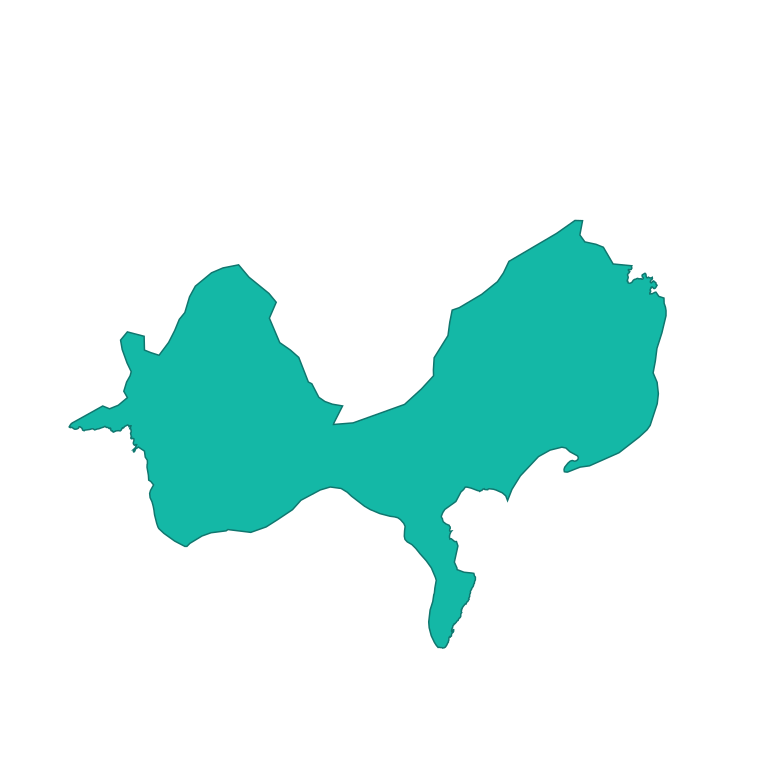 the district of Kabare, Sud-Kivu, Democratic Republic of the Congo, rotated 30°
{"feature_id": "63176286B3160723083670", "entity_name": "Kabare", "entity_type": "district", "adm_level": 2, "iso_a3": "COD", "parent_name": "Democratic Republic of the Congo", "parent_adm1": "Sud-Kivu", "projection": "equal_earth", "projection_center": [28.728, -2.413], "detail": "fine", "context": "isolated", "style": "filled", "palette": "teal", "viewbox_px": 768, "rotation_deg": 30, "n_neighbors": 0, "source": "geoboundaries", "source_scale": "gbopen_adm2", "svg_char_len": 6134}
<svg xmlns="http://www.w3.org/2000/svg" viewBox="0 0 768 768"><g transform="rotate(30 384 384)"><path d="M549.3,423.2L547.5,411.3L548.0,395.4L554.1,369.6L560.9,358.2L569.6,349.8L573.5,348.5L578.8,349.7L587.6,349.5L589.1,350.6L589.6,352.1L589.2,353.9L587.9,355.5L585.3,356.1L583.9,357.6L582.9,360.4L582.1,365.7L582.6,367.9L583.5,369.2L584.1,369.8L585.7,369.2L587.1,368.4L595.3,358.0L602.9,352.1L621.9,326.0L631.5,302.4L634.7,292.2L635.2,286.8L630.5,264.5L626.5,255.3L619.7,246.0L611.5,239.8L607.5,228.4L602.6,216.8L599.1,200.8L594.1,183.9L591.6,179.5L589.3,176.7L586.2,174.0L583.5,169.6L578.2,170.7L573.6,168.5L572.9,169.0L571.2,171.6L569.2,173.1L568.6,172.3L568.6,171.3L568.8,171.2L568.5,170.1L567.8,169.9L567.4,169.5L567.2,168.1L567.4,167.4L567.0,167.3L567.1,166.4L567.6,165.9L568.6,166.0L569.8,166.4L570.5,166.1L570.9,165.5L571.1,164.5L571.1,161.9L569.9,161.8L569.0,160.5L567.7,160.2L566.9,160.4L566.5,160.0L566.0,159.9L565.3,160.9L565.2,162.1L565.0,162.7L564.1,162.9L563.5,162.3L563.3,161.8L563.4,161.7L563.2,160.6L563.8,159.4L563.8,158.6L563.0,157.5L562.4,158.4L561.3,159.2L559.5,159.3L559.3,160.1L558.7,160.5L558.2,160.4L557.2,159.7L556.3,158.4L555.6,157.8L554.7,157.6L554.5,157.8L553.2,160.2L553.1,160.7L554.1,162.1L555.1,162.1L555.6,162.4L555.7,163.2L555.5,163.9L554.8,164.4L554.4,164.2L553.5,164.6L552.0,165.6L551.0,165.6L550.4,166.1L549.3,167.7L548.6,168.2L548.0,169.6L547.9,171.8L547.0,173.4L546.6,173.9L545.1,174.3L544.8,174.3L544.3,173.6L543.6,173.5L543.6,173.0L543.4,172.9L543.2,173.1L542.9,172.9L542.5,170.5L542.2,169.6L541.7,169.0L540.3,167.8L540.2,165.9L540.6,165.4L540.7,164.7L540.6,163.7L539.5,163.7L538.5,163.1L538.5,162.6L540.0,161.9L540.8,161.2L540.7,159.6L540.1,159.2L539.6,158.5L539.5,157.7L522.4,165.5L505.6,155.9L497.8,157.0L486.9,160.5L479.1,157.0L474.3,143.3L467.6,146.9L458.1,167.4L430.9,215.3L431.9,228.2L431.1,238.7L423.8,257.5L411.0,280.3L406.1,285.9L410.1,297.7L415.2,310.1L414.3,336.2L419.8,347.2L422.8,352.1L418.9,369.6L412.0,391.4L376.6,433.2L360.5,444.3L360.1,442.8L359.1,423.7L349.4,427.3L341.6,428.7L334.2,428.1L321.4,419.9L317.5,420.1L296.9,403.6L286.0,401.4L273.0,400.3L251.8,384.3L249.8,367.1L239.1,363.1L213.6,359.0L198.5,353.5L186.5,364.0L179.0,374.0L171.7,393.6L172.0,405.7L175.8,421.7L174.4,430.4L176.0,442.3L176.7,455.7L174.8,471.6L166.5,473.4L159.6,474.4L152.4,462.6L135.7,467.2L133.9,477.7L140.0,485.0L151.0,494.3L158.9,499.7L160.0,503.7L160.1,511.0L162.3,520.4L168.6,524.1L164.5,535.3L158.7,542.7L151.4,543.7L133.6,573.4L133.0,574.7L132.8,576.3L132.8,578.3L133.4,578.1L133.5,578.7L134.2,578.6L135.4,577.6L138.4,577.9L139.8,577.2L141.0,575.9L141.5,574.9L141.4,573.4L142.2,573.0L144.7,573.4L145.4,573.9L145.7,574.4L146.3,574.6L147.7,574.4L147.9,573.7L148.4,573.2L151.9,570.5L153.5,568.8L154.7,568.3L156.4,568.4L158.4,566.1L159.4,565.4L161.0,563.4L162.9,561.3L163.5,560.2L165.3,560.4L166.5,559.7L168.4,560.0L168.7,559.1L169.4,559.1L170.6,560.6L171.4,560.9L172.1,560.4L173.2,561.0L173.8,560.9L175.4,558.6L177.1,557.3L179.0,556.5L179.4,555.5L179.4,552.6L180.0,552.2L180.2,552.4L180.4,552.1L180.6,550.5L182.5,547.6L183.5,547.7L184.5,548.4L185.0,547.1L185.8,546.7L186.2,548.4L186.0,549.0L186.2,549.8L187.0,549.5L187.9,550.3L189.1,552.1L189.1,553.2L189.4,553.7L190.5,554.8L191.3,555.9L192.0,556.1L191.6,557.0L192.0,557.6L192.7,557.7L194.4,556.4L194.9,556.6L195.7,558.0L196.2,560.1L196.6,560.8L197.6,561.6L198.7,561.7L199.4,560.5L199.7,560.7L200.2,560.4L200.5,563.7L199.6,566.6L200.7,566.0L201.0,566.3L200.7,567.7L200.9,567.9L201.1,568.0L201.6,567.6L201.7,567.2L201.4,563.9L202.2,562.9L202.9,561.4L210.1,561.9L213.8,566.7L217.2,568.4L219.1,571.5L219.0,571.9L220.4,574.6L225.5,580.7L228.3,584.9L230.8,585.0L234.9,586.6L235.0,592.9L235.8,596.0L238.3,599.4L242.0,602.0L245.3,605.3L247.8,608.2L250.7,612.0L257.0,618.5L259.8,620.9L261.3,621.8L268.1,623.4L281.3,624.7L292.8,624.2L294.5,623.2L295.6,619.0L302.4,606.6L308.6,599.3L320.7,590.1L321.6,588.1L342.8,579.1L353.4,566.7L359.4,555.2L367.6,538.6L370.2,526.2L381.8,507.6L388.9,500.1L399.1,495.9L406.4,496.1L411.9,497.4L428.3,499.6L435.0,499.6L445.2,498.3L455.4,495.5L459.5,493.8L462.8,492.9L466.0,493.2L470.8,494.8L473.5,496.8L475.2,500.8L477.7,505.7L479.9,508.1L483.1,509.1L488.5,509.1L493.7,510.5L500.4,513.1L509.1,516.0L517.0,519.6L525.2,525.8L527.6,528.1L527.8,529.0L530.1,535.3L532.2,540.0L532.5,541.7L535.0,548.0L536.9,556.6L541.7,567.7L545.0,572.5L550.8,578.4L556.9,582.6L560.0,584.2L562.6,585.1L563.3,584.5L564.8,584.0L565.8,583.4L566.2,583.3L566.8,583.4L567.5,582.7L567.9,582.5L568.7,581.2L568.9,578.9L568.7,576.5L568.8,575.3L568.3,574.5L568.3,573.6L567.3,571.7L567.1,570.6L567.3,570.3L567.2,569.2L567.4,569.5L567.5,570.1L567.9,570.1L567.9,569.4L568.4,568.6L567.5,566.6L567.6,565.6L568.0,564.4L567.9,563.2L566.8,561.3L567.2,562.8L567.1,564.4L566.4,564.6L566.0,564.2L565.8,563.9L565.9,563.0L565.4,562.7L565.2,561.6L565.0,560.0L564.5,558.8L564.9,557.5L564.9,557.0L564.7,556.8L564.7,556.5L565.2,556.3L565.7,554.2L565.7,553.0L566.4,551.6L566.2,551.1L566.2,549.9L566.4,548.5L566.7,548.3L566.7,547.0L565.4,544.5L565.6,543.0L564.7,542.4L564.4,542.0L564.4,541.3L563.8,540.7L563.8,539.9L564.1,539.6L563.7,538.9L563.9,536.3L564.4,533.7L565.0,533.6L564.8,531.3L565.3,530.4L565.2,528.6L565.4,528.1L565.0,527.5L564.5,527.3L564.5,525.3L563.5,523.6L563.3,521.6L562.4,520.2L562.5,518.0L562.2,517.6L562.4,514.5L562.3,513.8L561.9,513.0L561.9,511.3L561.3,510.1L561.1,508.7L561.1,508.0L559.7,505.5L558.3,505.0L556.5,503.1L554.8,503.7L547.4,507.0L540.1,508.2L539.1,506.8L534.0,503.1L529.0,487.3L525.5,484.2L524.1,485.1L519.7,484.4L518.9,484.7L518.6,485.3L517.4,484.1L516.6,482.6L516.1,480.8L515.9,478.7L516.1,477.5L514.9,478.5L514.2,478.3L513.5,476.8L513.5,475.8L513.3,475.5L512.7,474.7L511.6,474.3L511.1,473.8L507.7,474.2L504.2,473.7L502.7,472.4L502.0,471.5L500.1,470.5L499.7,469.5L499.2,466.0L499.4,462.2L505.0,449.8L504.6,439.1L505.7,435.6L505.9,432.7L507.4,431.8L511.5,430.6L518.3,429.5L519.8,429.0L520.6,429.2L521.2,427.8L521.9,427.4L522.2,425.7L522.9,425.1L523.1,424.7L523.6,425.0L524.3,424.9L526.7,423.7L526.7,423.0L527.3,422.2L531.4,420.4L534.1,419.8L540.8,419.1L545.4,420.0L549.3,423.2Z" fill="#14b8a6" stroke="#0f766e" stroke-width="1.5"/></g></svg>